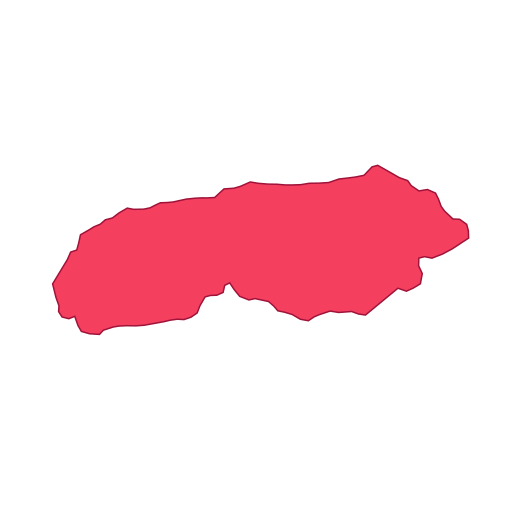 outline of Baixio, Ceará, Brazil, rotated 331°
{"feature_id": "56859067B56515520379315", "entity_name": "Baixio", "entity_type": "district", "adm_level": 2, "iso_a3": "BRA", "parent_name": "Brazil", "parent_adm1": "Ceará", "projection": "albers", "projection_center": [-38.756, -6.713], "detail": "fine", "context": "isolated", "style": "filled", "palette": "rose", "viewbox_px": 512, "rotation_deg": 331, "n_neighbors": 0, "source": "geoboundaries", "source_scale": "gbopen_adm2", "svg_char_len": 1608}
<svg xmlns="http://www.w3.org/2000/svg" viewBox="0 0 512 512"><g transform="rotate(331 256 256)"><path d="M412.4,245.5L406.4,235.7L400.7,234.3L389.6,237.8L381.2,235.1L372.9,231.8L366.0,228.9L355.2,227.0L346.8,223.0L337.8,218.2L329.7,215.3L321.3,211.0L316.0,208.0L309.1,203.4L301.3,198.9L293.2,193.5L286.9,188.5L276.0,187.5L269.5,186.0L260.5,181.8L248.2,184.8L241.4,181.5L236.0,178.5L230.9,176.0L222.8,172.5L216.5,170.6L209.5,168.5L203.9,166.0L198.2,163.1L192.6,162.7L186.7,162.5L180.5,160.6L171.5,155.8L166.6,151.7L157.1,151.9L148.8,153.1L141.8,151.3L135.2,152.7L128.7,151.9L122.0,152.2L112.8,152.3L107.3,158.6L102.1,163.9L95.8,162.7L89.4,167.6L64.6,181.8L61.0,195.1L59.5,204.1L56.4,208.9L56.8,215.3L61.9,220.1L68.2,220.9L66.6,230.6L66.7,237.3L72.7,243.3L81.1,248.7L86.5,246.9L96.4,248.8L102.1,250.8L109.0,254.2L117.0,258.8L124.5,262.3L136.2,266.3L143.9,268.9L149.7,270.5L156.5,273.1L162.2,276.7L169.5,278.0L176.9,277.3L182.9,272.3L191.6,267.1L197.0,268.4L202.7,271.3L209.6,271.9L214.4,266.5L220.0,266.8L220.6,274.6L222.2,283.4L228.5,291.0L234.5,292.8L239.3,297.0L244.9,301.9L247.3,308.5L248.5,314.5L253.6,318.9L259.3,324.7L264.1,332.8L270.4,338.0L277.5,337.4L283.0,338.0L294.1,340.1L301.0,345.5L312.7,350.9L317.5,356.4L323.1,360.7L364.5,353.0L370.5,359.7L377.7,360.3L386.3,360.0L392.9,352.0L393.5,343.4L397.4,336.8L403.1,338.3L408.9,343.2L419.8,344.7L430.9,344.9L450.7,343.4L454.0,336.8L455.6,330.5L451.9,322.6L446.2,319.1L442.7,308.1L442.0,302.4L443.2,294.6L443.5,288.0L438.2,281.0L430.1,278.1L425.9,269.8L425.2,263.6L419.3,256.9L412.4,245.5Z" fill="#f43f5e" stroke="#9f1239" stroke-width="1.5"/></g></svg>